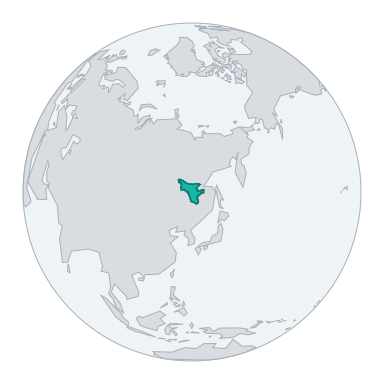 the Earth from above Amur
{"feature_id": "RUS-2609", "entity_name": "Amur", "entity_type": "Region", "adm_level": 1, "iso_a3": "RUS", "parent_name": "Russia", "parent_adm1": "", "projection": "orthographic", "projection_center": [128.173, 52.947], "detail": "fine", "context": "on_globe", "style": "filled", "palette": "teal", "viewbox_px": 384, "rotation_deg": 0, "n_neighbors": 0, "source": "natural_earth", "source_scale": "10m", "svg_char_len": 16225}
<svg xmlns="http://www.w3.org/2000/svg" viewBox="0 0 384 384"><circle cx="192" cy="192" r="169" fill="#eef3f6" stroke="#a8b0b8"/><path d="M319.6,300.3L319.5,300.7L319.3,300.9L319.6,300.3ZM318.7,80.2L319.9,86.2L323.1,85.5L325.4,88.8L325.5,90.9L323.4,88.3L320.8,89.6L321.6,94.0L314.9,95.3L299.6,89.6L300.6,87.2L296.8,86.4L295.4,89.6L295.4,91.9L280.4,95.9L273.9,109.1L277.3,116.5L272.2,112.6L282.6,129.2L282.6,139.8L279.1,125.9L276.2,123.1L274.5,129.2L271.1,127.7L268.3,129.9L264.3,127.6L262.6,120.0L260.1,118.5L259.0,123.0L254.4,123.8L256.3,117.4L248.5,118.3L244.2,106.5L252.6,92.5L246.8,85.4L246.5,69.8L243.2,70.0L241.0,64.6L236.3,62.9L237.6,60.8L232.7,61.3L232.4,63.6L230.2,64.7L227.4,64.0L228.6,61.1L230.1,61.0L229.0,59.8L230.8,58.7L228.3,58.8L230.0,55.6L224.2,57.8L222.2,54.4L224.4,52.6L229.5,54.1L247.4,54.6L251.3,53.8L251.6,50.8L240.9,42.0L243.0,40.8L241.8,38.1L238.3,38.0L237.9,40.1L231.0,39.5L231.3,42.5L228.5,42.8L226.8,45.7L221.3,43.9L216.9,40.8L218.1,38.4L216.3,37.1L210.5,38.4L208.2,33.7L198.9,30.0L199.0,29.1L207.4,28.4L219.2,30.3L230.2,30.7L217.2,29.2L217.6,27.5L215.2,26.8L211.8,26.4L209.4,26.6L208.3,26.0L220.7,26.8L221.9,27.4L217.9,27.1L223.5,28.1L231.8,29.2L231.3,28.6L244.4,32.0L244.2,31.7L247.0,32.4L246.4,32.6L247.7,32.5L252.9,34.4L265.3,39.8L277.3,46.1L288.7,53.4L290.2,54.5L294.4,57.6L307.1,68.3L318.7,80.2ZM347.2,189.6L345.8,187.4L347.2,186.6L347.2,189.6ZM344.5,187.6L345.1,188.0L344.5,188.0L344.5,187.6ZM343.8,188.6L344.3,187.9L343.9,189.0L343.8,188.6ZM343.1,190.3L343.4,189.2L343.4,189.5L343.1,190.3ZM341.4,192.0L340.9,192.3L341.1,191.1L341.4,192.0ZM295.9,93.3L295.7,89.8L298.3,87.7L298.8,90.6L295.9,93.3ZM290.5,97.9L289.5,95.7L293.8,96.3L293.1,97.4L290.5,97.9ZM280.6,122.3L281.1,119.0L281.8,122.8L280.6,122.3ZM268.6,130.6L269.5,132.1L267.7,132.6L268.6,130.6ZM229.9,46.5L228.4,46.1L229.5,45.8L229.9,46.5ZM230.5,48.2L232.9,48.1L233.6,48.9L232.1,49.0L230.5,48.2ZM260.0,129.8L256.7,130.4L259.7,128.4L260.0,129.8ZM227.4,48.1L234.5,50.4L235.6,51.9L230.9,53.3L227.4,48.1ZM254.6,129.8L246.7,131.7L248.2,135.0L239.7,126.9L249.2,127.8L252.7,124.8L252.4,128.0L254.6,129.8ZM233.6,64.7L233.7,62.2L236.2,64.9L233.6,64.7ZM235.7,66.2L246.3,73.7L244.7,77.2L241.5,73.9L241.4,79.1L235.4,77.1L234.0,73.8L236.3,71.9L232.3,72.6L235.7,66.2ZM236.2,122.3L234.1,121.7L236.0,120.9L236.2,122.3ZM229.5,65.3L231.8,66.4L230.6,69.5L225.7,67.8L227.7,67.4L229.5,65.3ZM244.4,81.6L242.6,83.8L237.2,82.7L235.8,83.4L235.1,77.4L244.4,81.6ZM226.6,66.3L223.3,67.0L221.4,64.9L227.2,64.5L226.6,66.3ZM232.3,71.0L231.5,72.4L230.3,71.1L232.3,71.0ZM212.6,58.5L215.4,59.5L215.0,61.2L212.6,58.5ZM222.2,67.4L222.9,68.1L223.1,68.9L220.6,68.9L222.2,67.4ZM231.3,77.1L229.5,76.3L231.3,79.5L227.4,79.0L227.6,75.1L225.9,76.6L224.6,76.4L226.2,73.5L231.3,77.1ZM218.5,71.5L217.5,66.8L212.4,64.3L212.6,62.7L220.8,67.0L218.5,71.5ZM222.9,72.9L220.2,71.7L221.9,70.2L224.7,70.2L222.9,72.9ZM224.6,80.1L230.6,81.8L230.3,82.6L224.6,80.1ZM216.7,71.1L217.0,72.2L216.2,71.1L216.7,71.1ZM221.8,77.6L224.0,78.0L223.6,78.9L221.8,77.6ZM215.8,74.3L215.4,72.7L217.4,72.6L215.8,74.3ZM218.3,76.0L217.3,77.1L218.2,73.5L219.3,76.1L218.3,76.0ZM221.1,78.3L221.6,79.0L220.3,78.0L221.1,78.3ZM208.7,75.8L209.5,71.3L213.7,70.9L212.4,75.4L208.7,75.8ZM96.4,52.7L93.5,56.4L86.7,62.0L74.1,78.8L71.7,81.8L67.8,83.1L54.1,102.6L56.0,104.4L48.9,121.1L47.6,130.7L56.5,127.4L58.7,111.4L64.4,105.6L66.9,115.7L65.7,130.4L67.9,128.7L73.1,117.2L77.4,118.7L75.4,113.2L72.8,116.8L71.5,113.6L73.8,110.2L75.2,110.7L76.8,106.1L69.7,105.0L66.3,108.6L67.8,98.6L62.3,103.7L61.1,102.2L69.9,93.1L72.5,92.1L85.1,79.3L82.5,79.3L70.4,91.6L72.2,88.7L68.6,89.4L72.7,86.6L86.6,73.7L91.0,65.9L88.7,61.2L92.9,57.0L99.9,51.9L108.7,49.8L98.3,59.5L101.3,59.4L110.1,55.1L106.2,58.6L108.5,58.2L105.3,62.0L107.4,65.9L105.1,70.0L112.2,70.3L112.1,72.6L107.9,71.6L103.7,73.4L98.8,84.3L99.7,86.0L104.8,85.5L102.8,88.8L108.3,86.9L108.6,93.2L112.9,84.1L119.0,83.7L122.7,87.1L125.4,85.5L119.5,80.0L116.4,79.4L112.5,81.4L104.8,79.0L105.1,75.6L116.1,72.3L117.7,67.3L125.5,67.5L136.9,81.3L138.3,88.1L127.3,100.6L123.3,99.2L125.2,93.9L117.6,99.4L121.0,98.6L119.3,101.5L124.7,102.3L123.8,104.5L130.5,101.8L130.0,104.5L125.8,106.1L133.3,110.1L133.9,115.9L136.1,115.9L138.2,114.1L137.6,123.0L139.2,122.5L140.0,119.4L143.7,116.7L150.1,115.3L149.5,118.5L147.2,119.3L141.4,126.1L135.2,128.3L135.6,129.5L140.8,128.4L147.9,120.0L151.9,118.4L149.1,122.6L150.4,120.9L152.2,121.1L153.5,124.3L156.8,119.9L177.5,118.8L182.0,125.3L177.2,128.9L191.0,132.5L195.0,140.2L195.7,137.2L202.9,137.4L201.7,134.9L202.6,133.6L220.4,133.8L224.1,136.5L232.6,133.9L233.0,132.5L230.7,130.2L239.7,126.9L248.2,135.0L246.9,137.8L253.1,141.3L249.2,147.3L248.9,154.1L241.1,159.1L241.5,164.4L243.9,165.2L246.3,173.1L242.9,187.3L235.1,172.2L238.1,151.7L236.0,159.6L233.3,156.9L230.6,159.2L229.4,165.1L231.2,166.3L213.1,172.0L203.8,186.2L212.1,186.7L215.6,191.9L212.4,210.1L190.6,230.5L195.0,239.0L194.2,243.8L187.9,245.7L188.9,238.7L184.0,235.1L185.5,231.0L175.7,232.2L177.5,226.5L169.0,230.5L170.4,235.8L178.4,236.6L170.3,242.9L176.3,252.6L175.2,261.9L158.9,274.1L145.0,274.7L143.8,277.0L139.2,272.3L131.7,275.0L138.9,292.5L138.2,296.3L126.7,299.5L126.7,296.6L114.6,284.1L111.3,292.1L120.4,303.6L123.4,312.9L116.0,307.3L113.0,298.7L108.7,294.1L110.7,286.9L108.7,272.9L101.2,271.3L102.6,266.6L98.8,252.2L88.5,249.1L71.5,251.1L67.9,261.9L62.6,262.6L59.5,239.0L62.3,226.0L58.6,223.0L57.5,205.8L48.3,187.8L49.3,183.3L47.0,181.0L46.7,171.9L49.1,165.0L47.8,161.0L42.0,179.6L43.6,184.0L48.2,184.4L46.0,189.6L46.7,199.3L37.8,199.7L27.8,181.9L30.7,172.7L43.2,136.8L45.0,135.5L45.2,135.2L45.6,134.6L42.7,135.9L46.2,129.6L35.4,151.0L31.9,158.0L27.6,182.0L27.1,181.8L26.9,188.4L30.9,200.3L30.1,202.7L25.8,206.9L23.5,203.8L23.0,191.3L23.6,178.8L25.0,166.3L27.4,154.0L30.6,141.9L34.8,130.0L39.8,118.6L45.7,107.5L52.4,96.8L59.8,86.8L68.0,77.2L76.8,68.4L86.3,60.2L96.4,52.7ZM60.6,150.3L62.5,159.6L68.5,151.3L69.7,154.3L71.3,150.5L68.9,150.7L73.8,141.3L77.1,144.0L80.3,141.4L79.8,138.2L73.0,134.7L66.0,148.0L62.6,147.7L60.6,150.3ZM216.9,27.4L215.8,27.3L212.6,26.8L214.5,26.8L216.9,27.4ZM195.8,26.5L194.5,25.4L196.8,26.1L199.2,25.7L207.0,26.9L199.4,28.7L201.4,27.5L195.8,26.5ZM215.2,29.3L211.2,28.1L215.9,29.4L215.2,29.3ZM124.6,53.3L121.3,54.9L119.4,54.1L122.3,49.9L125.2,50.8L124.6,53.3ZM117.2,57.5L127.2,56.0L125.8,58.9L124.9,57.4L122.9,59.5L121.0,57.8L109.8,62.4L107.3,62.1L114.1,53.9L113.2,56.6L116.5,54.7L117.2,57.5ZM155.4,49.8L159.8,49.9L151.1,55.8L148.0,55.1L150.7,50.5L156.0,48.8L155.4,49.8ZM217.7,50.5L220.0,50.7L219.6,51.4L217.5,51.9L217.7,50.5ZM214.0,58.8L207.7,50.6L209.9,50.3L203.6,46.2L207.0,44.0L211.0,46.7L208.8,42.1L213.8,43.6L211.7,40.7L220.2,46.9L224.6,48.3L218.4,47.5L215.2,49.4L215.1,50.7L218.1,55.5L226.0,59.9L224.0,62.8L220.5,63.7L218.4,63.1L220.3,61.3L216.0,61.7L217.2,58.8L214.0,58.8ZM181.0,76.4L184.2,73.9L175.7,75.6L176.8,72.1L175.8,72.6L174.5,69.9L171.1,67.4L172.4,66.0L170.5,65.7L169.6,64.0L167.5,63.2L169.0,60.4L166.5,59.2L168.7,58.5L164.0,57.3L168.2,57.0L167.4,55.0L163.7,56.4L177.4,44.6L179.9,40.4L179.6,37.3L186.9,37.5L191.7,40.9L194.4,45.9L191.0,50.1L194.9,49.6L194.5,51.6L191.6,51.1L195.7,53.0L194.6,54.6L197.0,59.9L203.7,62.1L204.7,64.2L201.5,64.2L204.8,66.4L199.5,67.8L200.1,69.5L195.4,72.7L188.9,71.9L190.1,73.8L186.6,76.5L181.0,76.4ZM207.2,76.6L199.1,76.1L195.8,74.0L205.3,69.3L205.4,67.6L211.4,64.9L216.1,68.0L214.0,68.5L213.0,69.7L211.9,68.2L212.1,70.3L209.1,71.1L208.5,73.0L206.0,72.3L207.2,76.6ZM72.1,83.3L70.8,85.3L69.5,88.2L67.2,88.9L72.1,83.3ZM81.5,74.3L80.8,75.8L76.9,77.8L78.3,75.8L81.5,74.3ZM83.7,75.1L81.1,75.7L83.3,74.2L83.7,75.1ZM107.5,73.1L107.2,74.8L105.9,75.2L104.5,74.6L107.5,73.1ZM156.0,81.8L158.4,80.5L159.1,81.1L165.1,80.6L164.8,83.3L161.0,84.7L156.0,81.8ZM55.0,125.8L53.4,124.2L54.5,122.1L54.8,123.0L55.0,125.8ZM59.2,105.2L56.6,110.6L58.6,105.3L59.2,105.2ZM156.6,84.7L159.2,84.1L157.4,85.9L156.6,84.7ZM164.8,85.3L163.3,87.4L165.4,83.6L164.8,85.3ZM165.3,340.2L170.6,341.3L170.4,341.7L165.3,340.2ZM159.9,337.9L165.7,339.0L158.9,338.5L159.9,337.9ZM168.0,339.5L174.1,339.6L176.6,339.3L176.2,340.0L168.0,339.5ZM155.9,337.1L135.0,331.4L127.0,327.6L128.7,326.7L141.8,331.3L155.9,337.1ZM128.1,326.4L116.0,317.2L100.7,295.0L106.1,298.2L122.4,314.7L121.3,315.7L128.6,322.2L128.1,326.4ZM158.0,326.7L156.9,330.7L145.2,327.5L140.0,325.3L136.4,318.6L138.4,316.2L142.6,317.6L159.9,311.1L165.7,315.0L160.2,318.5L165.1,323.5L158.0,326.7ZM68.2,263.5L70.2,272.7L67.5,271.5L68.2,263.5ZM167.5,304.5L160.1,308.1L167.1,302.6L167.5,304.5ZM172.0,298.5L172.1,301.3L169.6,298.2L172.0,298.5ZM143.0,281.0L138.5,280.2L138.7,278.1L144.6,277.9L143.0,281.0ZM174.2,269.6L173.0,276.0L171.7,277.9L170.3,273.7L174.2,269.6ZM157.2,109.2L149.1,106.6L143.1,107.1L139.4,110.7L141.2,104.7L150.5,104.0L157.2,109.2ZM175.0,117.2L178.3,114.3L179.2,116.5L178.6,117.4L175.0,117.2ZM175.3,114.8L174.9,109.7L178.3,108.7L177.9,112.9L175.3,114.8ZM165.4,96.6L163.1,95.6L164.6,94.1L165.4,96.6ZM218.9,358.8L216.3,359.1L212.8,359.6L215.7,358.9L210.8,359.8L207.1,359.8L199.9,360.0L167.6,359.1L160.2,357.8L161.4,357.7L153.2,353.9L155.5,354.4L153.1,351.6L171.7,352.2L184.9,347.6L196.1,348.5L204.1,343.6L215.9,343.5L212.8,347.5L225.6,348.6L233.1,339.2L241.9,346.2L251.9,345.9L255.9,347.4L246.0,352.1L232.6,356.0L218.9,358.8ZM284.9,329.6L286.9,328.7L290.4,327.5L287.1,329.3L284.9,329.6ZM314.6,306.0L315.7,305.4L313.5,307.4L314.6,306.0ZM319.3,300.9L316.8,303.5L319.6,300.3L319.3,300.9ZM294.4,320.6L295.4,320.4L294.6,321.0L294.4,320.6ZM293.5,320.9L294.6,319.6L294.6,320.3L293.5,320.9ZM283.7,321.5L284.8,320.5L285.3,320.6L283.7,321.5ZM178.3,342.3L185.5,340.2L189.6,340.3L178.3,342.3ZM281.9,321.3L279.0,322.4L279.2,321.8L281.9,321.3ZM282.0,320.0L281.6,319.4L283.6,320.3L282.0,320.0ZM276.3,320.6L279.9,320.5L275.9,320.9L276.3,320.6ZM274.2,321.6L271.6,321.9L271.8,321.6L274.2,321.6ZM246.1,330.7L255.6,333.1L248.2,334.8L239.8,333.6L233.6,337.3L219.4,338.5L222.5,336.5L220.5,333.9L206.1,333.3L203.2,331.4L208.3,330.1L198.9,328.4L209.1,327.5L213.4,331.5L219.2,328.1L229.5,328.0L239.6,327.9L248.0,329.2L246.1,330.7ZM209.4,336.2L211.2,336.2L209.6,337.3L209.4,336.2ZM266.7,321.5L270.4,322.0L270.0,322.6L268.2,323.0L266.7,321.5ZM249.9,328.2L258.8,322.9L261.0,322.3L255.1,327.4L249.9,328.2ZM256.6,321.3L260.8,320.7L263.1,321.9L262.2,322.6L256.6,321.3ZM188.5,332.2L188.2,333.2L185.6,332.2L188.5,332.2ZM191.9,331.7L199.8,333.2L191.2,332.6L191.9,331.7ZM168.5,325.1L170.7,328.2L177.8,327.5L172.4,329.2L177.3,334.2L175.8,335.6L170.8,330.3L169.3,334.8L166.2,334.2L164.4,329.8L167.5,325.1L170.6,323.4L183.4,324.1L168.5,325.1ZM191.8,328.4L189.7,325.0L191.3,322.9L193.5,324.8L191.8,328.4ZM183.9,316.1L178.7,311.3L173.7,312.2L184.0,307.5L187.2,313.0L183.9,316.1ZM179.9,306.2L175.2,307.1L180.2,304.1L179.9,306.2ZM174.1,305.4L173.9,302.2L177.4,303.1L174.1,305.4ZM182.2,306.6L183.5,301.4L185.1,304.7L182.2,306.6ZM173.1,294.7L180.2,301.2L170.5,297.4L171.2,286.5L175.5,286.9L173.1,294.7ZM204.0,250.1L203.6,246.3L207.7,245.7L206.9,248.5L204.0,250.1ZM220.9,241.2L208.7,244.4L198.9,247.0L201.4,249.0L198.3,255.0L195.0,248.8L202.7,242.5L210.0,241.6L212.0,236.4L217.9,232.9L218.1,226.1L220.9,223.2L223.0,229.2L220.9,241.2ZM217.8,223.2L220.2,211.0L227.6,212.9L228.7,215.9L224.5,220.7L220.9,219.4L217.8,223.2ZM223.0,208.7L219.5,207.4L215.6,188.7L216.6,185.3L223.5,200.1L220.5,199.7L220.2,204.1L223.0,208.7ZM234.3,123.4L234.1,121.9L235.6,123.2L234.3,123.4ZM201.8,132.2L203.3,130.6L205.0,132.1L201.8,132.2ZM208.3,127.0L205.3,126.4L208.7,125.7L208.3,127.0ZM198.7,125.5L204.3,125.6L198.6,127.4L198.7,125.5Z" fill="#d9dde1" stroke="#a8b0b8" stroke-width="1"/><path d="M183.8,190.0L183.4,189.9L183.2,190.0L182.7,190.1L181.9,190.1L181.7,190.0L181.2,190.1L181.2,189.8L181.1,189.6L181.2,189.3L181.1,189.2L181.1,188.9L181.0,188.5L180.9,188.5L180.7,188.3L180.7,188.1L180.8,188.0L180.9,187.7L181.0,187.6L180.8,187.3L180.9,187.2L181.1,187.1L181.2,187.3L181.6,187.3L181.7,187.2L181.3,186.7L181.4,186.3L181.3,186.2L181.1,186.2L181.0,186.3L180.9,186.2L181.0,186.0L181.5,185.5L181.5,185.1L181.5,184.9L181.7,184.3L181.7,184.1L181.6,183.7L181.4,183.7L181.2,183.7L181.1,183.9L181.0,184.0L180.8,183.9L180.8,184.0L180.7,183.9L180.7,183.6L180.6,183.2L180.6,182.9L180.6,182.6L180.5,182.4L180.3,182.4L180.2,182.3L179.4,182.6L179.2,182.7L178.8,182.6L178.8,182.4L178.8,182.2L178.7,182.0L178.7,181.8L178.9,181.8L179.0,181.7L179.5,181.7L179.3,181.4L179.1,181.1L179.2,180.9L178.7,180.8L178.6,180.6L178.5,180.3L178.6,180.2L178.4,180.0L178.3,179.9L178.7,179.6L178.9,179.6L179.4,179.4L180.3,179.3L180.5,179.4L180.6,179.6L181.2,179.6L181.3,179.8L181.3,180.0L181.4,180.3L182.3,180.4L182.5,180.7L182.8,180.9L182.8,181.0L183.2,181.2L183.3,181.0L183.4,180.9L183.5,181.1L183.7,181.3L184.0,181.5L185.1,181.7L185.2,181.8L185.3,182.1L185.5,182.3L185.5,182.6L185.8,182.9L185.8,183.1L186.2,183.1L186.4,183.3L186.7,183.4L187.2,183.3L187.5,183.4L187.5,183.5L188.1,183.5L188.5,183.8L188.6,184.0L188.8,184.2L189.1,184.3L189.2,184.2L189.3,184.1L189.5,184.0L189.9,184.1L190.0,183.9L190.3,184.0L190.4,183.9L190.6,184.0L190.8,184.3L191.0,184.2L191.2,183.9L191.3,184.0L191.6,184.1L192.1,184.0L192.4,184.2L192.5,184.4L192.9,184.4L192.9,184.5L193.0,184.6L193.3,184.6L193.5,184.5L193.5,184.4L193.5,184.2L193.4,184.1L194.4,183.7L194.8,183.8L195.1,183.9L196.2,183.7L196.9,184.0L197.0,184.0L197.3,184.0L197.4,183.9L197.7,184.0L197.7,183.9L198.0,184.0L198.3,183.8L198.6,183.9L198.8,183.7L199.2,183.7L199.5,184.1L199.4,184.2L199.7,184.5L199.8,184.5L200.0,184.6L199.7,184.7L199.6,184.9L199.5,185.1L199.0,185.2L199.0,185.3L199.1,185.5L198.9,185.6L198.6,185.6L198.4,185.8L198.5,186.0L198.4,186.1L198.1,186.3L197.9,186.5L197.9,186.4L197.7,186.6L197.2,187.0L197.1,187.8L196.9,188.0L196.7,187.8L196.6,188.0L196.4,188.0L196.0,188.5L196.0,188.9L195.9,189.0L196.0,189.2L196.3,189.2L196.6,189.3L196.8,189.5L196.9,189.4L197.1,189.3L197.7,189.5L197.7,189.9L197.8,190.0L197.9,190.8L197.8,191.1L198.5,191.0L198.6,191.3L198.8,191.3L198.9,191.0L199.4,190.9L199.8,190.9L200.3,190.9L200.4,190.7L200.8,190.7L200.8,190.3L201.3,190.0L201.4,189.9L201.6,189.9L201.7,190.1L201.8,190.0L202.2,190.1L202.5,190.0L202.6,189.9L203.0,189.8L203.0,189.6L203.5,189.7L203.5,189.9L203.7,190.0L203.8,190.0L203.7,190.2L203.7,190.3L203.8,190.4L203.9,190.5L203.8,190.8L203.8,191.1L203.7,191.1L203.5,191.5L203.5,191.9L203.6,192.0L203.8,192.3L203.6,192.6L203.6,192.8L203.6,193.0L203.4,193.0L202.8,192.9L202.7,192.9L202.4,192.8L202.2,192.9L201.8,192.7L201.5,192.5L201.2,192.5L201.1,192.8L201.1,193.1L201.3,193.3L201.5,193.6L201.3,193.9L200.7,194.0L200.4,194.0L200.0,194.3L199.9,194.4L199.9,194.7L199.7,194.7L199.7,195.0L199.4,195.1L199.1,195.3L199.1,195.2L198.9,195.4L198.7,195.3L198.5,195.6L197.9,195.6L198.0,195.7L197.9,195.9L197.9,196.0L198.1,196.2L198.1,196.6L197.8,196.5L197.7,196.6L197.6,196.9L197.3,196.9L197.1,197.6L196.9,197.6L196.8,197.8L197.0,198.0L196.9,198.1L196.7,198.4L196.7,198.5L196.8,198.8L196.8,198.6L197.2,198.6L197.3,198.9L197.2,199.1L197.1,199.3L197.3,199.5L197.4,199.4L197.5,199.3L197.6,199.6L197.9,199.5L197.9,199.8L198.2,200.0L198.0,200.3L197.9,200.4L197.9,200.6L198.2,200.7L198.3,200.8L198.3,201.3L198.1,201.4L198.1,201.5L198.4,201.7L198.4,202.2L198.2,202.8L197.9,202.7L197.8,202.8L197.5,203.3L197.4,203.6L197.1,203.6L196.8,203.8L196.6,204.0L196.4,203.9L196.0,204.0L195.4,203.5L195.4,203.3L195.2,203.3L195.2,203.1L195.0,202.8L194.7,202.8L194.6,202.5L194.5,202.4L194.3,202.4L194.3,202.5L194.2,202.6L193.8,202.6L193.6,202.3L193.4,202.2L193.1,202.2L193.0,201.8L192.9,201.9L192.4,201.9L192.3,202.0L191.8,202.0L191.6,201.9L191.4,201.9L191.1,201.7L190.8,201.3L190.7,201.2L190.8,200.9L190.7,200.6L190.9,200.3L190.9,200.1L190.5,199.8L190.4,199.7L190.5,199.5L190.3,199.3L190.5,199.0L190.3,198.7L190.2,198.4L190.1,198.0L189.7,197.5L189.7,197.1L189.8,196.8L189.7,196.8L189.6,197.0L189.5,196.9L189.7,196.7L189.5,196.4L189.5,196.2L189.3,196.0L189.3,195.8L189.3,195.7L189.2,195.5L188.9,194.8L188.9,194.7L189.0,194.6L189.1,194.4L188.6,194.2L188.9,193.9L188.7,193.8L188.7,193.6L188.6,193.4L188.5,193.2L188.3,193.0L188.1,193.1L188.1,192.9L188.2,192.7L188.3,192.5L188.1,192.5L187.9,192.2L187.5,192.1L187.7,191.8L187.5,191.6L187.3,191.6L187.2,191.5L186.6,191.1L186.3,191.1L186.2,191.2L186.2,191.4L186.0,191.2L185.9,191.3L185.8,191.1L185.4,191.0L185.3,190.9L185.1,190.5L184.9,190.6L184.6,190.3L184.5,190.2L184.2,190.1L184.0,189.9L183.9,190.1L183.9,189.9L183.8,190.0Z" fill="#14b8a6" stroke="#0f766e" stroke-width="1.5"/></svg>